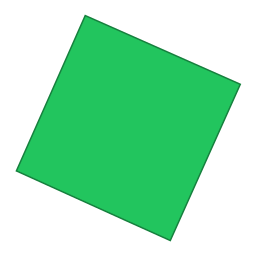 Stephens, Texas, United States of America (orthographic projection), rotated 204°
{"feature_id": "52423323B77635562535718", "entity_name": "Stephens", "entity_type": "district", "adm_level": 2, "iso_a3": "USA", "parent_name": "United States of America", "parent_adm1": "Texas", "projection": "orthographic", "projection_center": [-98.883, 32.736], "detail": "fine", "context": "isolated", "style": "filled", "palette": "green", "viewbox_px": 256, "rotation_deg": 204, "n_neighbors": 0, "source": "geoboundaries", "source_scale": "gbopen_adm2", "svg_char_len": 259}
<svg xmlns="http://www.w3.org/2000/svg" viewBox="0 0 256 256"><g transform="rotate(204 128 128)"><path d="M43.2,213.6L212.8,213.3L212.6,128.7L212.5,43.4L90.7,42.6L43.6,42.4L43.4,139.0L43.2,213.6Z" fill="#22c55e" stroke="#15803d" stroke-width="1.5"/></g></svg>